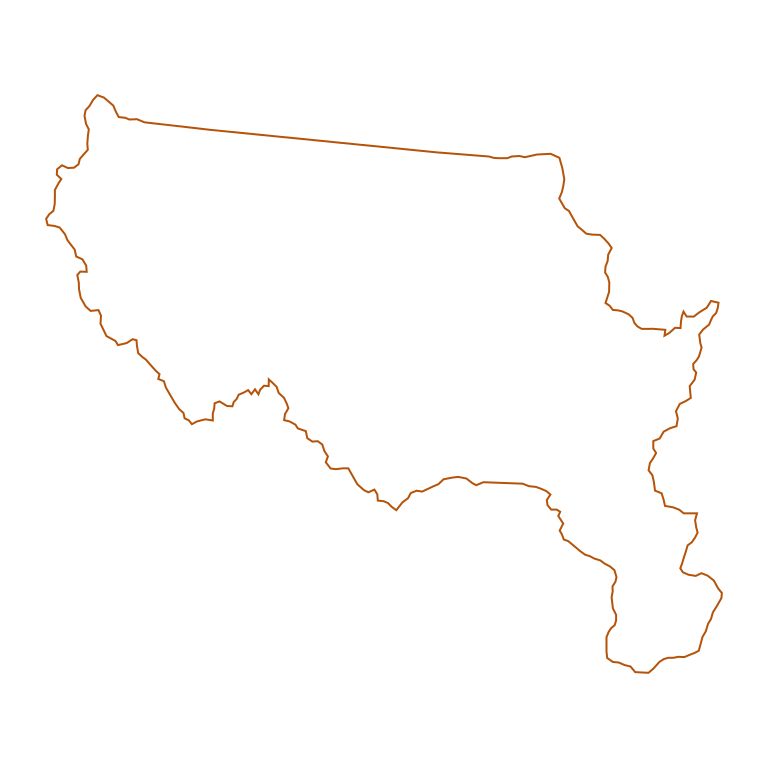 Iporá, Goiás, Brazil
{"feature_id": "56859067B49504952139993", "entity_name": "Iporá", "entity_type": "district", "adm_level": 2, "iso_a3": "BRA", "parent_name": "Brazil", "parent_adm1": "Goiás", "projection": "robinson", "projection_center": [-51.149, -16.451], "detail": "fine", "context": "isolated", "style": "outline", "palette": "amber", "viewbox_px": 768, "rotation_deg": 0, "n_neighbors": 0, "source": "geoboundaries", "source_scale": "gbopen_adm2", "svg_char_len": 4159}
<svg xmlns="http://www.w3.org/2000/svg" viewBox="0 0 768 768"><path d="M648.5,672.8L653.6,668.4L659.5,661.8L664.0,659.0L668.3,657.8L673.3,657.8L678.4,656.8L684.3,657.1L689.5,654.9L694.7,652.9L698.8,650.7L702.5,636.9L705.8,631.3L708.1,623.7L711.0,619.0L712.9,612.3L716.5,606.7L721.4,598.1L721.9,593.1L718.0,588.2L713.9,580.6L707.7,575.7L701.5,573.2L695.7,575.9L688.4,574.7L682.9,572.3L680.3,568.3L682.2,563.2L683.5,558.7L685.8,551.6L687.6,545.4L691.9,542.2L695.1,537.5L697.6,532.6L696.2,527.3L695.1,520.2L697.0,513.3L683.7,513.3L679.2,509.7L673.0,507.3L665.0,505.9L663.5,499.2L661.6,493.3L655.0,490.6L653.9,482.1L652.4,475.3L648.6,470.3L649.9,463.1L653.1,458.4L656.1,453.0L653.3,448.5L653.3,441.1L659.7,438.5L663.6,431.7L670.1,428.2L676.5,426.2L677.8,418.6L676.0,411.2L679.8,403.9L685.7,401.1L690.8,397.9L690.2,391.8L689.7,386.1L694.6,379.7L696.2,372.6L693.5,369.1L693.2,364.0L696.7,360.1L699.0,356.4L701.6,347.5L700.3,343.1L699.2,334.5L703.1,329.5L709.1,324.6L710.8,320.5L712.7,316.5L716.1,313.1L717.7,308.2L718.5,302.7L711.0,301.0L706.8,307.7L699.2,312.4L693.8,316.6L686.6,316.5L683.5,311.6L681.9,316.0L681.0,321.4L680.5,328.1L675.0,327.8L669.2,333.0L664.5,335.7L665.3,329.8L652.7,328.8L647.3,328.9L641.7,328.9L637.4,326.4L634.4,322.9L632.5,317.8L628.6,314.3L622.4,311.4L618.2,310.4L612.8,309.9L609.6,305.7L605.5,303.0L609.1,291.9L609.3,282.4L607.8,276.9L605.1,272.5L605.5,266.6L607.6,261.2L608.2,254.6L611.7,248.0L608.3,243.2L604.4,238.9L600.1,234.9L591.9,234.6L586.2,233.6L581.9,229.8L577.6,226.3L573.1,218.4L569.0,211.0L564.9,208.3L561.7,202.9L559.2,198.5L561.8,192.3L563.2,186.5L564.3,179.3L562.3,168.0L559.4,157.8L550.6,153.8L543.5,154.2L537.1,154.5L530.4,156.0L524.8,157.2L519.3,156.0L511.7,156.5L507.2,158.2L499.7,158.2L494.3,158.0L488.9,156.5L436.0,152.3L322.5,141.0L210.8,129.9L144.4,122.3L137.0,119.2L129.3,119.5L125.3,117.8L118.8,117.1L116.0,112.0L113.3,105.6L108.1,101.1L103.8,97.5L97.4,95.2L93.1,99.9L89.4,106.1L85.6,110.2L84.5,115.6L86.0,123.8L88.8,129.4L87.9,135.8L87.3,143.9L87.8,149.8L83.8,154.3L79.8,158.9L78.5,164.3L74.0,167.7L67.8,168.0L62.0,165.3L57.1,169.3L56.8,174.7L61.3,179.0L58.8,182.8L54.9,189.9L54.9,197.3L54.7,204.2L53.4,210.8L49.2,214.3L46.1,218.9L47.7,225.1L54.3,225.9L59.6,227.5L65.0,234.2L67.4,240.1L70.8,244.6L74.7,249.6L76.2,256.5L82.4,259.3L86.2,265.6L86.7,271.8L80.3,271.6L77.3,275.0L78.8,282.6L79.0,289.0L80.7,297.8L85.6,306.4L90.6,310.9L98.5,310.1L101.0,315.7L100.5,323.7L106.5,336.1L115.4,340.9L118.0,345.1L126.6,343.1L132.6,339.2L136.5,340.2L136.9,345.3L138.2,353.2L142.5,357.1L145.9,359.6L150.6,365.0L155.8,370.8L159.5,374.1L158.3,379.0L163.9,381.2L165.9,387.6L174.9,403.0L179.1,409.0L183.5,413.0L184.6,418.3L188.8,420.3L191.9,424.2L196.8,421.5L200.6,420.5L205.4,419.3L212.8,420.5L212.8,413.5L214.2,408.5L214.6,403.3L219.5,401.4L227.0,406.0L232.4,406.3L233.7,402.1L236.7,398.9L238.7,394.7L243.9,392.5L248.1,390.1L251.4,394.2L255.0,389.3L258.4,394.3L260.1,389.8L264.0,385.7L268.7,386.1L268.8,379.4L272.3,382.6L276.6,386.8L278.7,393.0L283.9,397.7L286.5,403.0L288.4,408.2L285.0,414.1L284.1,420.1L289.7,421.5L295.5,424.7L297.8,428.4L305.8,431.1L307.3,438.2L312.4,441.6L317.8,441.2L322.3,444.6L324.3,450.8L327.9,456.4L325.8,462.3L330.6,468.5L336.0,469.2L342.9,468.3L348.3,468.3L351.3,473.6L357.3,484.2L363.9,490.1L368.4,492.3L374.4,489.6L377.3,494.3L377.8,500.6L383.6,501.2L388.1,503.1L391.4,506.6L396.3,510.2L402.3,502.5L408.1,498.1L410.7,493.1L416.6,490.7L422.1,491.6L433.6,486.2L438.4,484.2L443.5,479.3L452.2,477.6L458.2,476.9L466.4,478.5L472.6,483.3L476.3,485.2L483.4,482.2L522.7,483.7L529.0,486.2L535.9,486.9L540.9,488.7L546.4,491.1L550.4,494.6L546.8,500.0L547.5,505.1L551.2,509.6L556.7,509.6L560.2,511.8L558.3,516.0L563.2,523.5L559.7,530.6L561.9,534.4L563.8,539.5L568.2,541.1L575.2,546.9L580.4,551.3L585.3,554.8L589.4,556.0L594.7,558.7L600.3,560.4L604.6,563.6L609.9,566.4L614.4,570.1L616.5,577.2L615.4,581.8L612.5,586.3L612.7,591.4L611.6,597.3L612.3,603.2L612.9,608.4L616.1,614.8L616.1,620.5L614.7,625.1L611.0,628.3L608.6,632.0L606.5,637.2L606.5,642.3L606.5,651.6L607.2,658.0L612.9,662.0L618.7,662.5L624.7,665.1L630.5,666.5L635.2,672.1L642.3,672.5L648.5,672.8Z" fill="none" stroke="#b45309" stroke-width="2"/></svg>